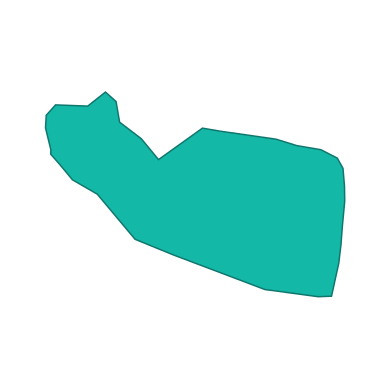 Suez, Egypt (Albers equal-area conic projection), rotated 100°
{"feature_id": "37247803B22529416419300", "entity_name": "Suez", "entity_type": "district", "adm_level": 2, "iso_a3": "EGY", "parent_name": "Egypt", "parent_adm1": "", "projection": "albers", "projection_center": [32.567, 29.96], "detail": "fine", "context": "isolated", "style": "filled", "palette": "teal", "viewbox_px": 384, "rotation_deg": 100, "n_neighbors": 0, "source": "geoboundaries", "source_scale": "gbopen_adm2", "svg_char_len": 603}
<svg xmlns="http://www.w3.org/2000/svg" viewBox="0 0 384 384"><g transform="rotate(100 192 192)"><path d="M127.3,192.8L165.9,230.6L148.4,251.1L135.8,275.4L116.1,282.5L108.6,294.6L125.5,309.6L129.9,341.5L141.8,348.9L146.4,348.3L154.3,347.4L175.0,338.3L178.9,337.8L179.3,337.7L187.8,327.1L200.8,311.8L210.6,284.9L248.5,239.8L254.4,212.5L257.4,198.5L258.3,193.7L275.4,103.3L273.2,49.5L272.1,44.4L270.4,36.5L236.7,35.1L218.4,36.1L199.2,38.0L174.5,40.0L159.9,42.8L142.5,47.4L133.4,54.8L128.0,72.3L128.1,97.1L125.4,118.3L127.2,174.7L127.3,192.8Z" fill="#14b8a6" stroke="#0f766e" stroke-width="1.5"/></g></svg>